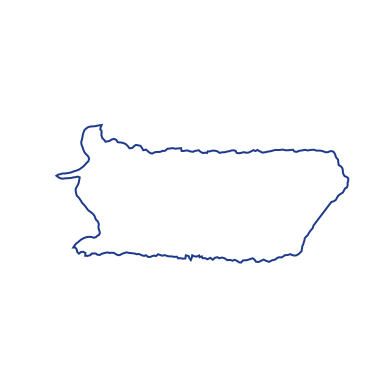 Ubaí, Minas Gerais, Brazil, rotated 37°
{"feature_id": "56859067B9810342339468", "entity_name": "Ubaí", "entity_type": "district", "adm_level": 2, "iso_a3": "BRA", "parent_name": "Brazil", "parent_adm1": "Minas Gerais", "projection": "albers", "projection_center": [-44.877, -16.365], "detail": "fine", "context": "isolated", "style": "outline", "palette": "blue", "viewbox_px": 384, "rotation_deg": 37, "n_neighbors": 0, "source": "geoboundaries", "source_scale": "gbopen_adm2", "svg_char_len": 4284}
<svg xmlns="http://www.w3.org/2000/svg" viewBox="0 0 384 384"><g transform="rotate(37 192 192)"><path d="M315.1,173.5L313.9,171.0L312.8,169.1L312.3,166.8L311.6,165.0L310.9,163.0L309.9,161.0L310.0,158.8L310.4,156.9L310.1,155.1L309.9,152.5L310.0,150.3L310.1,148.0L309.2,145.7L309.3,116.1L310.9,113.9L311.6,111.7L311.3,109.6L311.0,107.1L311.7,104.4L312.8,101.6L312.4,99.1L312.1,96.9L313.0,95.1L312.2,92.9L310.6,90.9L310.0,88.9L308.5,87.0L306.3,86.9L304.4,87.5L302.1,86.6L300.6,85.4L299.3,83.8L297.9,82.6L295.6,81.9L292.9,82.2L291.0,80.3L289.1,78.2L287.1,77.9L285.3,77.1L283.4,75.6L280.8,74.7L279.1,75.2L277.6,76.5L276.7,78.2L275.1,79.7L272.4,80.5L269.4,81.8L266.6,84.0L263.9,84.9L262.1,86.4L260.5,88.0L259.3,89.3L257.0,90.2L255.0,92.4L252.8,94.6L251.5,96.9L249.5,98.0L247.2,97.5L245.5,99.0L243.8,100.7L241.6,102.4L239.0,103.5L237.0,105.4L235.4,106.8L233.4,108.1L231.6,110.3L230.2,112.2L228.5,113.8L226.7,116.0L224.7,118.1L221.3,118.8L219.0,119.0L218.0,121.1L215.9,121.6L214.6,124.3L213.4,126.5L211.8,127.9L209.3,129.1L207.6,131.3L206.1,132.9L204.0,133.9L202.2,132.9L200.2,133.6L198.6,135.0L197.2,137.1L195.7,138.5L194.6,140.2L192.4,142.0L190.4,144.2L188.1,144.2L186.1,144.9L184.2,146.0L182.6,147.6L181.6,149.1L180.1,150.1L180.5,151.9L178.7,152.7L177.4,154.3L174.6,154.8L172.3,154.6L171.1,155.9L169.8,157.2L168.5,159.4L165.6,160.9L163.4,161.5L161.9,162.9L160.6,164.3L159.1,165.5L156.8,163.6L154.8,165.5L152.4,167.6L150.1,168.6L148.3,170.5L146.5,172.1L145.6,175.4L143.8,176.9L142.8,178.5L141.7,179.8L140.1,180.9L138.3,182.7L137.2,185.1L135.5,186.0L133.6,186.1L131.6,185.9L129.7,185.9L127.9,188.0L126.0,187.1L123.1,186.1L120.6,187.3L118.9,188.1L118.2,190.1L117.8,192.8L115.8,194.7L113.2,194.0L110.5,193.6L108.1,194.1L106.0,194.9L104.3,196.0L102.7,196.9L100.1,195.9L97.8,196.5L96.2,198.5L95.3,201.1L93.9,202.5L92.7,203.9L90.7,203.3L87.7,202.8L85.3,201.0L84.3,199.3L82.9,197.6L81.1,197.2L80.2,195.5L79.5,192.9L77.9,194.5L76.0,196.6L74.8,198.0L73.4,199.2L71.3,201.0L69.9,203.0L69.2,205.2L68.9,207.2L69.5,209.7L70.5,212.3L71.8,214.7L72.7,216.8L73.4,218.6L74.6,220.1L76.1,221.2L77.6,222.1L79.7,223.5L81.8,224.8L83.7,225.4L85.9,225.7L88.1,226.2L89.9,227.5L90.7,229.9L90.3,232.6L90.1,235.2L89.8,237.2L89.2,239.2L88.4,241.8L87.0,244.2L85.2,246.6L83.9,248.8L82.4,250.6L79.8,253.3L77.7,254.9L76.3,256.7L74.7,258.7L74.0,260.6L77.5,260.6L79.5,259.9L81.1,258.9L82.6,257.3L84.2,256.0L85.7,254.7L87.1,253.4L88.3,251.9L90.1,250.2L91.5,248.5L93.5,247.9L95.0,250.8L96.2,253.4L96.8,256.5L97.1,259.2L98.4,261.1L100.3,262.8L102.2,264.3L104.3,264.5L106.3,265.1L108.5,265.8L110.7,266.8L113.5,267.2L116.3,267.9L118.4,268.6L120.1,269.0L121.9,269.0L124.4,269.0L126.2,269.1L128.8,269.9L130.5,271.1L132.0,271.9L134.5,272.2L137.1,273.8L137.8,275.6L139.5,277.5L141.7,278.9L143.1,280.3L143.6,282.1L142.8,283.8L142.4,285.8L141.3,287.5L139.6,288.1L137.8,289.0L136.1,290.3L134.8,291.7L133.3,294.0L132.1,296.7L131.6,298.7L131.2,300.6L130.5,302.9L130.4,305.5L130.6,307.8L132.1,306.6L134.2,307.1L136.6,309.0L138.8,309.3L139.4,306.9L140.9,305.3L143.6,304.8L145.1,307.2L146.8,306.1L148.7,303.8L149.1,301.3L150.5,300.3L152.0,299.1L154.3,299.0L156.3,297.7L157.2,295.5L159.3,292.8L161.0,291.0L162.9,290.3L164.2,289.0L166.2,287.6L168.9,287.4L170.9,287.0L172.3,285.8L173.3,283.5L174.7,281.4L176.2,279.5L178.5,278.5L181.4,276.7L183.5,275.5L185.3,275.0L186.9,273.4L189.8,272.8L192.2,271.9L193.3,270.2L195.8,270.3L197.7,269.1L198.6,267.5L199.8,265.7L201.8,264.9L202.3,262.2L204.3,261.5L206.4,260.9L208.3,258.8L211.6,257.7L214.5,255.7L217.0,254.4L218.8,252.8L221.0,253.3L222.7,251.7L224.6,250.9L226.7,249.1L225.2,246.3L227.9,245.2L229.6,246.3L232.0,247.1L231.4,244.7L230.3,242.4L232.2,242.1L234.5,240.9L235.9,238.4L237.3,239.5L238.6,237.5L240.2,238.5L242.4,236.9L244.8,236.4L246.3,233.5L249.4,233.6L249.9,230.7L251.6,228.7L253.5,228.6L255.4,226.3L258.0,225.3L261.2,225.2L263.4,223.2L265.7,222.5L266.9,220.5L269.5,219.9L271.8,219.9L273.6,218.9L273.9,215.9L276.8,213.5L278.9,210.5L280.2,208.5L282.5,208.3L284.9,209.2L287.0,208.1L288.0,206.5L289.0,204.5L290.0,202.8L292.3,202.5L295.6,201.4L296.8,198.7L298.3,196.9L299.3,195.4L299.7,193.5L300.7,191.8L302.7,190.5L303.6,188.8L304.2,186.6L306.4,184.7L307.9,182.5L309.9,182.1L311.8,181.3L313.3,180.0L314.1,178.4L314.7,176.5L315.1,173.5Z" fill="none" stroke="#1e3a8a" stroke-width="2"/></g></svg>